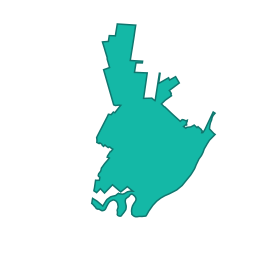 Turnu Magurele, Teleorman, Romania (Robinson projection), rotated 313°
{"feature_id": "2599482B11362496052872", "entity_name": "Turnu Magurele", "entity_type": "district", "adm_level": 2, "iso_a3": "ROU", "parent_name": "Romania", "parent_adm1": "Teleorman", "projection": "robinson", "projection_center": [24.842, 43.779], "detail": "fine", "context": "isolated", "style": "filled", "palette": "teal", "viewbox_px": 256, "rotation_deg": 313, "n_neighbors": 0, "source": "geoboundaries", "source_scale": "gbopen_adm2", "svg_char_len": 4288}
<svg xmlns="http://www.w3.org/2000/svg" viewBox="0 0 256 256"><g transform="rotate(313 128 128)"><path d="M195.9,134.8L198.0,127.8L191.4,125.7L192.4,123.4L186.2,121.5L181.5,120.0L189.9,114.2L189.5,113.6L166.5,129.2L166.3,128.9L166.1,125.1L160.3,119.2L181.4,104.5L173.1,94.8L181.1,89.4L185.4,94.1L186.8,93.1L182.2,87.6L178.9,83.6L186.6,78.4L188.9,76.9L198.8,70.2L203.1,67.2L208.5,63.5L207.9,62.8L197.1,49.6L196.8,49.2L195.0,50.4L189.3,54.2L186.8,55.9L182.8,51.3L177.9,54.6L174.0,51.0L173.5,50.6L170.6,55.7L169.0,58.4L165.4,64.6L164.1,65.9L159.7,73.3L156.8,71.9L154.0,70.4L148.6,79.4L135.2,101.7L135.8,103.4L138.5,105.7L139.6,107.2L139.4,107.2L131.0,107.9L130.2,108.0L129.7,106.4L126.3,106.6L124.7,104.3L122.3,105.1L102.2,110.8L99.6,111.6L98.2,113.3L97.1,114.3L96.2,115.0L96.9,117.5L97.9,117.5L98.1,118.5L98.3,119.8L97.8,121.1L97.9,122.7L99.8,122.7L99.9,124.6L100.2,126.9L101.1,127.1L101.7,127.6L101.7,128.9L102.2,131.3L99.2,131.6L98.8,131.1L98.6,131.2L93.6,132.1L92.4,132.7L93.2,134.2L93.3,134.9L86.2,135.2L80.5,135.9L79.2,136.7L77.9,137.4L77.2,137.5L76.0,137.6L75.4,137.7L74.9,137.7L74.4,137.8L73.7,138.2L73.3,138.4L73.0,138.6L72.8,138.8L72.7,139.0L72.6,139.3L72.6,139.8L72.6,140.2L72.8,140.9L72.5,141.2L72.1,141.5L70.2,142.7L68.5,140.9L67.7,139.9L66.7,140.6L62.8,143.3L60.9,144.6L59.8,145.2L58.8,145.9L59.2,148.2L59.3,149.1L64.8,149.2L64.5,153.8L64.4,155.2L75.9,155.4L76.3,166.3L84.7,167.5L85.1,174.7L83.4,172.8L81.0,171.1L77.7,170.2L75.9,169.2L73.7,166.0L73.7,165.5L70.2,165.0L67.3,163.1L65.7,162.2L61.5,161.4L60.2,161.5L53.7,162.8L53.4,155.0L52.8,152.2L52.6,151.2L52.4,150.1L50.5,151.3L49.5,152.0L48.8,152.5L48.1,152.9L48.2,153.3L48.2,153.8L48.2,154.5L48.1,155.6L48.0,156.1L48.0,156.5L47.9,157.0L47.9,157.5L47.9,158.1L47.7,158.7L47.5,159.8L47.6,160.2L47.9,161.0L48.0,161.1L48.2,161.4L48.5,161.7L48.9,162.3L49.0,162.6L49.1,163.0L49.3,163.8L49.5,164.7L49.6,165.1L49.8,165.3L49.9,165.5L50.1,165.7L50.6,166.1L51.0,166.3L51.3,166.5L51.8,166.7L52.1,166.7L52.4,166.8L52.8,166.8L53.3,166.8L54.0,166.6L56.5,165.8L58.4,165.3L59.9,165.0L60.9,164.9L61.7,164.9L62.2,165.0L62.7,165.1L63.9,165.6L64.7,165.9L65.4,166.4L65.8,166.9L66.1,167.7L66.4,168.7L66.4,169.1L66.3,169.9L66.3,170.5L66.1,171.0L65.7,171.9L64.2,173.9L63.8,174.4L63.4,174.7L62.4,175.3L61.8,175.5L61.1,175.8L60.5,176.1L60.2,176.4L59.7,177.2L59.3,177.6L58.6,178.3L58.2,178.6L57.8,178.8L57.5,179.0L57.3,179.4L57.2,179.7L57.2,180.1L57.2,180.4L57.3,180.9L57.7,181.7L58.1,182.3L58.4,182.6L58.7,182.8L59.0,182.9L59.4,183.0L59.9,182.9L60.9,182.7L62.1,182.7L63.3,182.6L64.7,182.4L66.5,182.1L67.1,181.9L67.7,181.5L68.8,180.7L69.7,179.9L70.2,179.2L71.1,177.8L71.6,177.1L72.1,176.4L72.7,175.8L73.3,175.4L73.9,175.0L74.3,174.8L74.9,174.7L75.4,174.7L77.2,175.0L77.4,175.1L77.6,175.2L77.9,175.2L78.4,175.3L78.8,175.3L79.4,175.2L80.2,175.1L80.7,175.1L81.0,175.2L81.6,175.4L82.0,175.6L82.2,175.8L82.4,176.1L82.5,176.3L82.6,176.7L82.7,177.4L82.7,178.4L82.8,178.9L82.7,179.6L82.5,180.5L82.3,181.0L82.0,181.7L81.8,182.0L81.4,182.4L80.9,182.8L80.5,183.0L79.7,183.3L78.7,183.5L78.2,183.6L77.2,183.7L75.0,184.2L73.9,184.5L73.2,184.9L72.3,185.3L71.4,185.9L70.5,186.5L69.5,187.4L69.2,187.7L68.7,188.4L68.3,188.9L68.0,189.1L67.8,189.4L67.6,189.5L67.5,189.8L67.5,190.1L67.5,190.6L67.5,191.8L67.7,192.7L68.1,193.8L68.7,194.5L69.2,195.1L70.0,195.7L71.1,196.6L73.0,198.7L75.8,201.1L77.2,200.9L81.3,199.9L88.4,198.9L94.1,198.9L99.0,199.7L103.6,201.1L107.9,203.0L112.3,204.6L116.0,205.9L122.9,206.8L131.3,206.2L136.1,205.9L139.1,205.4L143.0,204.6L144.1,204.3L147.7,202.9L153.8,201.0L157.9,200.5L161.3,199.5L164.7,198.0L168.8,197.1L169.9,196.8L174.6,195.9L182.7,196.1L182.5,194.4L182.9,188.2L185.4,186.3L188.1,184.7L190.8,183.7L193.0,182.4L195.3,181.7L198.2,181.6L197.8,179.4L179.2,185.3L175.7,185.9L175.2,185.5L174.8,185.1L176.5,184.2L176.5,182.8L176.9,182.6L176.7,179.5L176.7,178.3L175.3,178.2L175.3,176.3L175.3,174.4L173.6,173.9L171.5,173.1L168.6,170.6L167.2,170.4L167.0,167.6L168.6,168.0L169.6,167.9L170.1,168.8L170.6,168.5L171.1,167.8L171.6,167.2L172.9,166.9L174.1,166.1L172.7,165.5L172.5,164.8L171.9,163.1L171.1,161.9L168.5,161.6L168.5,159.8L168.4,153.9L168.4,148.8L168.5,143.4L168.5,140.4L168.2,140.0L168.4,136.0L173.9,136.3L181.3,137.8L182.1,136.1L182.8,136.0L183.3,134.3L183.6,132.6L195.9,134.8Z" fill="#14b8a6" stroke="#0f766e" stroke-width="1.5"/></g></svg>